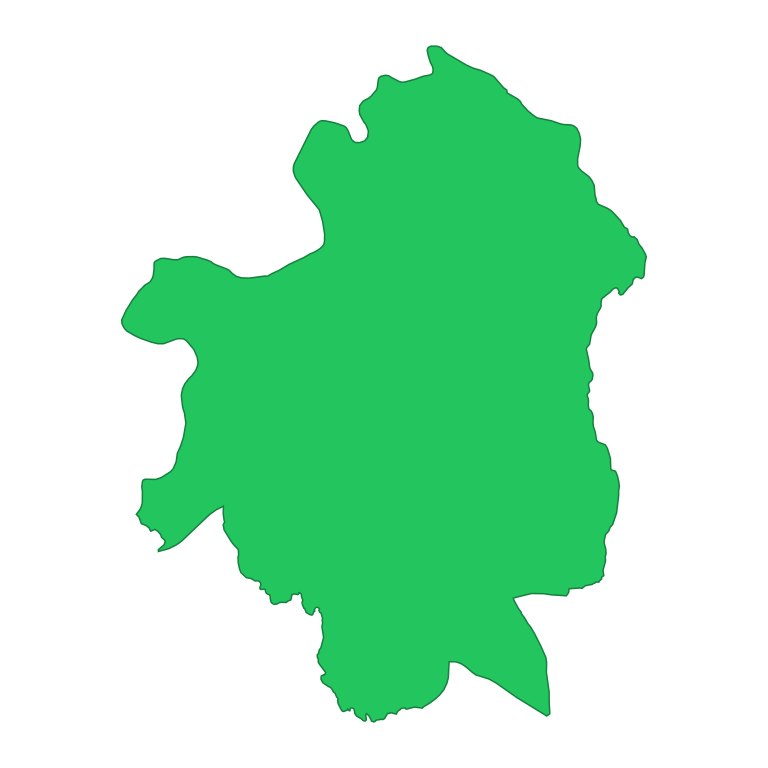 outline of Maputsoe, Leribe, Lesotho
{"feature_id": "5366337B94933282431909", "entity_name": "Maputsoe", "entity_type": "district", "adm_level": 2, "iso_a3": "LSO", "parent_name": "Lesotho", "parent_adm1": "Leribe", "projection": "orthographic", "projection_center": [27.931, -28.897], "detail": "fine", "context": "isolated", "style": "filled", "palette": "green", "viewbox_px": 768, "rotation_deg": 0, "n_neighbors": 0, "source": "geoboundaries", "source_scale": "gbopen_adm2", "svg_char_len": 6081}
<svg xmlns="http://www.w3.org/2000/svg" viewBox="0 0 768 768"><path d="M603.8,575.7L603.0,570.3L605.5,561.1L605.3,556.3L606.1,553.6L605.7,548.9L604.1,542.8L604.2,540.9L605.5,534.7L608.8,530.9L610.2,527.2L612.6,524.7L616.6,512.8L618.6,496.1L618.7,490.2L619.3,486.5L618.9,482.4L617.4,475.7L615.7,471.7L614.9,470.9L611.5,470.0L610.8,469.1L610.4,458.2L607.4,448.4L605.4,444.9L598.8,442.3L597.4,441.5L596.5,439.8L595.3,432.3L593.4,426.5L593.0,422.4L593.2,416.8L592.4,413.4L591.2,411.0L588.9,409.0L588.3,405.6L588.5,400.7L588.2,398.4L587.3,396.3L587.3,394.3L589.4,391.6L589.6,390.5L588.6,386.1L588.6,383.9L589.2,382.3L590.8,381.3L592.3,379.2L592.9,375.1L592.5,372.7L590.4,369.4L589.6,366.8L588.8,360.4L586.3,349.0L586.9,347.3L589.6,344.2L591.2,334.8L595.6,326.7L596.6,323.2L596.3,317.3L597.3,313.5L600.4,308.1L601.1,306.1L601.1,301.6L601.9,298.6L610.5,291.8L612.9,289.0L615.4,287.9L616.5,287.8L617.7,288.8L619.2,291.4L618.6,293.2L620.4,295.0L622.7,294.4L628.3,287.6L632.3,283.9L633.2,279.7L634.9,277.8L637.0,276.9L641.5,278.6L643.5,277.1L644.1,274.8L644.9,263.0L646.3,256.9L645.5,254.4L642.1,248.1L639.0,244.3L637.2,239.6L634.0,236.7L632.2,237.2L629.7,235.4L628.2,232.7L627.6,229.1L624.4,227.2L620.4,220.5L614.5,214.0L611.2,210.7L607.8,208.5L598.3,204.3L596.4,201.3L596.2,199.0L595.0,195.3L594.2,185.3L591.7,180.2L588.9,176.6L581.4,170.9L578.1,167.0L577.7,165.3L577.6,158.9L580.1,146.1L580.6,139.1L579.1,133.0L576.7,128.2L573.7,125.8L570.8,124.9L563.5,124.5L560.2,123.8L551.1,120.7L537.2,117.9L533.2,115.3L527.5,110.5L521.8,104.2L520.3,101.4L517.6,98.9L507.1,92.9L506.8,90.1L503.3,87.5L494.3,77.0L492.0,75.4L480.1,70.1L473.8,68.4L466.6,65.2L447.9,54.2L445.6,52.4L441.3,47.6L437.0,46.2L431.1,46.1L428.4,47.3L427.6,48.6L427.2,50.5L428.3,55.8L430.4,62.5L432.6,66.8L433.1,69.8L432.8,72.8L432.0,73.9L430.0,75.0L423.4,76.2L414.8,79.3L404.0,82.2L401.3,82.1L398.8,81.3L391.6,77.6L389.4,76.1L386.0,75.2L380.8,76.3L378.7,78.2L378.1,80.9L377.3,87.4L376.5,89.8L371.3,96.0L368.8,98.1L363.2,101.1L359.7,105.6L359.2,110.8L359.8,114.6L363.9,122.1L365.9,124.5L368.4,131.0L367.6,137.4L364.4,141.0L359.7,142.6L355.6,142.5L353.8,141.7L351.5,139.4L348.2,131.0L346.2,127.6L344.1,126.0L334.3,122.7L325.6,120.9L322.5,120.6L320.2,121.1L318.3,122.2L313.8,126.1L311.2,129.6L294.3,163.6L293.4,166.8L293.3,171.0L294.9,176.3L296.2,178.7L307.3,195.1L318.8,209.1L319.6,210.8L322.7,221.7L324.6,234.0L324.5,240.6L324.1,243.4L323.6,244.8L321.6,247.2L319.0,249.4L313.4,252.6L310.4,253.7L304.1,257.4L289.2,264.3L279.0,270.4L271.6,273.8L267.3,276.3L265.1,276.0L249.3,278.1L241.9,277.9L236.5,276.5L232.1,273.3L229.1,270.2L227.2,269.2L216.0,264.9L213.0,263.4L211.2,261.8L207.5,260.2L197.1,257.0L193.7,256.6L186.8,256.7L183.6,257.2L177.7,259.8L172.9,259.6L164.6,258.3L160.7,258.5L156.3,260.7L154.8,261.8L154.1,263.1L154.0,269.5L153.2,275.5L152.4,278.1L150.1,281.9L144.7,285.3L138.5,291.7L136.9,294.4L132.5,300.0L126.1,310.4L121.7,319.9L121.9,323.2L122.9,325.7L124.6,328.6L126.9,331.1L134.8,335.7L140.7,338.4L151.2,342.1L157.7,343.7L163.6,343.7L175.9,339.2L178.8,338.6L183.7,338.9L186.0,340.4L188.1,342.6L193.8,349.4L197.1,356.9L198.0,362.5L197.7,365.4L195.8,370.4L191.8,375.8L188.9,378.5L184.9,383.8L182.6,388.7L181.3,395.5L182.5,405.8L183.2,409.3L184.4,412.7L185.9,423.2L183.5,437.1L180.6,446.0L177.3,453.4L176.2,461.6L174.4,466.0L173.1,468.8L170.8,471.5L161.2,477.6L155.7,479.4L145.1,479.2L143.1,480.1L142.3,482.1L141.8,487.2L142.4,491.2L142.3,503.0L141.2,506.9L140.1,509.3L136.3,514.4L138.9,517.0L141.4,523.7L145.8,525.4L149.1,527.9L150.7,531.2L154.9,529.4L157.8,531.3L160.7,534.6L161.5,537.3L164.7,540.2L165.1,542.0L164.1,544.8L158.4,549.6L158.4,551.5L169.0,548.6L176.5,544.8L181.4,541.3L209.7,514.4L216.5,509.6L223.4,506.2L223.2,513.7L224.2,520.8L224.7,521.9L223.2,524.8L224.1,529.9L231.1,541.3L233.5,544.5L238.3,549.5L238.6,555.1L238.0,557.2L238.2,562.6L239.5,568.9L241.0,572.7L246.4,577.7L251.1,578.5L255.2,581.0L257.8,580.8L259.5,581.6L260.6,583.0L260.9,584.9L259.8,587.6L260.2,589.2L261.3,589.5L264.3,589.0L265.1,589.4L265.7,592.0L266.5,593.4L268.8,594.6L269.5,594.6L270.2,596.5L270.2,598.2L271.0,602.1L272.3,603.4L274.3,604.4L277.3,603.9L278.7,602.9L280.9,602.3L286.2,602.5L288.3,600.8L290.6,600.1L291.2,598.7L291.9,594.7L294.4,593.9L297.7,594.6L298.3,594.3L298.8,592.9L299.6,592.6L299.9,593.2L301.3,594.0L301.6,597.3L302.8,600.0L302.0,602.5L302.4,604.5L303.8,608.2L304.7,608.6L306.2,612.4L309.3,614.4L311.9,615.1L312.9,614.2L313.7,611.8L314.7,611.3L314.6,609.7L315.1,608.4L316.0,607.5L317.0,607.1L319.5,608.5L318.9,610.4L319.4,611.7L321.3,613.7L322.5,618.4L322.2,619.9L322.6,623.2L321.9,626.7L323.6,637.4L320.9,647.7L319.3,649.8L318.4,653.6L317.3,654.6L317.3,657.6L318.3,658.8L318.2,661.7L318.7,663.2L325.5,672.3L325.3,673.6L324.4,675.0L323.5,674.8L321.2,676.1L321.0,679.4L322.9,682.8L328.7,686.7L330.3,687.3L331.7,688.8L333.0,690.9L333.1,691.7L335.0,693.1L336.7,697.1L338.0,698.3L337.7,700.8L338.1,703.6L341.4,710.1L342.4,711.2L343.4,711.5L344.8,711.1L347.1,710.2L347.7,709.1L349.2,710.8L349.9,710.7L350.3,708.6L350.9,708.0L352.3,708.0L353.6,708.6L354.3,709.8L354.7,713.3L356.5,716.0L361.4,718.9L363.1,720.6L365.1,721.1L366.4,719.8L365.8,714.5L366.8,713.6L369.4,716.5L371.6,721.2L373.8,721.9L375.3,721.3L376.3,720.1L380.2,719.6L380.6,719.1L382.8,719.6L383.7,719.2L384.8,718.2L387.5,713.5L389.8,713.4L390.5,712.6L396.3,714.1L397.7,711.2L400.0,709.8L401.5,708.2L404.8,707.9L406.0,709.1L407.2,709.0L414.5,707.1L422.4,708.1L424.0,706.5L430.0,702.9L435.7,698.6L439.7,694.9L443.8,689.8L446.8,683.5L448.3,677.7L449.1,661.8L454.7,661.8L457.0,662.1L461.3,663.8L466.1,667.0L472.7,672.7L475.9,674.9L488.9,679.0L495.6,682.7L517.2,697.8L546.8,716.0L549.7,713.9L549.8,712.7L549.2,702.9L549.1,691.8L546.4,672.5L546.6,662.1L545.8,657.3L540.8,646.0L534.9,634.3L530.7,627.1L527.7,623.3L524.6,617.9L521.5,613.8L520.9,611.8L518.6,608.8L513.8,599.9L513.3,598.0L531.5,593.5L543.6,593.7L551.3,594.8L566.4,595.8L568.7,592.4L569.0,588.8L579.4,588.0L582.2,588.3L585.3,585.7L592.2,584.4L593.8,583.2L594.6,583.2L595.9,582.0L598.9,582.1L599.1,581.2L601.6,579.1L601.7,577.0L603.8,575.7Z" fill="#22c55e" stroke="#15803d" stroke-width="1.5"/></svg>